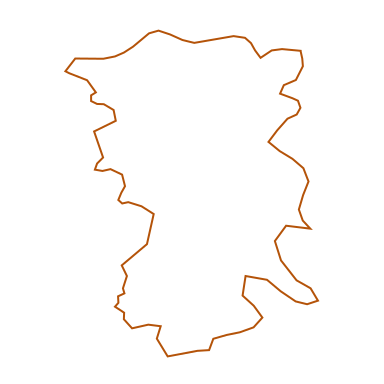 the District of Mātara, rotated 177°
{"feature_id": "LKA-2466", "entity_name": "Mātara", "entity_type": "District", "adm_level": 1, "iso_a3": "LKA", "parent_name": "Sri Lanka", "parent_adm1": "", "projection": "mercator", "projection_center": [80.546, 6.16], "detail": "fine", "context": "isolated", "style": "outline", "palette": "amber", "viewbox_px": 384, "rotation_deg": 177, "n_neighbors": 0, "source": "natural_earth", "source_scale": "10m", "svg_char_len": 1337}
<svg xmlns="http://www.w3.org/2000/svg" viewBox="0 0 384 384"><g transform="rotate(177 192 192)"><path d="M312.1,319.2L301.6,331.4L273.6,329.7L261.8,331.4L252.7,334.8L243.3,340.2L226.6,352.7L221.8,353.8L217.0,354.9L205.7,350.5L193.6,344.3L186.7,342.2L181.9,340.8L142.3,345.5L131.0,343.2L125.3,337.6L121.6,330.1L118.7,325.7L116.5,322.4L105.0,329.2L94.6,330.0L76.1,327.3L76.1,326.6L74.9,319.4L74.7,311.8L82.4,298.4L94.7,293.9L98.9,285.6L86.8,280.4L81.4,277.6L79.3,270.4L83.4,263.9L92.8,260.2L103.7,249.1L113.0,238.0L102.2,228.2L90.0,219.9L79.5,209.9L75.1,196.4L81.2,183.1L86.2,168.9L82.9,157.7L75.8,149.2L99.8,153.4L111.8,138.7L106.7,119.0L92.2,98.3L78.6,89.6L71.9,76.9L82.9,73.9L94.2,77.3L108.6,88.2L121.7,100.4L142.9,105.3L146.9,85.9L136.3,75.2L128.3,62.9L137.6,53.6L151.6,49.4L165.0,47.4L178.4,44.3L183.2,33.2L194.9,33.1L224.9,29.1L234.8,47.4L230.3,59.6L242.6,61.8L259.0,59.0L266.7,68.5L266.1,75.0L274.9,81.5L271.3,85.2L271.3,91.7L264.8,94.3L266.0,99.4L261.4,111.5L266.0,122.4L239.7,142.3L231.4,172.0L243.2,180.4L256.2,185.2L262.3,184.2L266.0,187.9L262.6,195.0L258.6,201.3L260.9,213.0L272.2,219.1L280.3,217.7L287.8,219.4L285.3,225.4L279.0,231.1L286.6,257.6L264.4,267.1L266.0,278.0L275.5,284.3L282.2,284.9L288.0,288.1L287.7,293.8L282.8,296.5L290.9,309.1L308.3,317.0L312.1,319.2Z" fill="none" stroke="#b45309" stroke-width="2"/></g></svg>